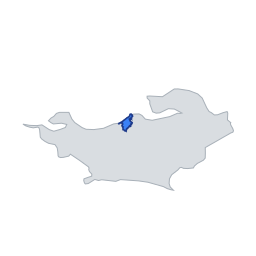 location of Parrita, Puntarenas, Costa Rica, rotated 125°
{"feature_id": "36466004B95019586049956", "entity_name": "Parrita", "entity_type": "district", "adm_level": 2, "iso_a3": "CRI", "parent_name": "Costa Rica", "parent_adm1": "Puntarenas", "projection": "equal_earth", "projection_center": [-84.334, 9.549], "detail": "fine", "context": "in_parent", "style": "filled", "palette": "blue", "viewbox_px": 256, "rotation_deg": 125, "n_neighbors": 0, "source": "geoboundaries", "source_scale": "gbopen_adm2", "svg_char_len": 4801}
<svg xmlns="http://www.w3.org/2000/svg" viewBox="0 0 256 256"><g transform="rotate(125 128 128)"><path d="M198.3,130.9L198.0,132.0L197.3,133.1L196.3,134.2L194.9,134.9L191.6,132.6L188.3,130.1L186.5,131.2L185.8,134.6L184.6,136.3L183.1,137.0L182.5,138.1L182.3,149.5L182.5,160.2L185.0,160.4L189.1,164.1L190.9,166.3L191.4,168.3L190.9,169.3L187.9,171.7L184.9,174.6L183.5,178.3L186.1,184.3L186.6,188.3L186.5,192.5L185.8,194.6L180.1,199.4L178.9,201.1L179.0,202.4L182.2,205.7L183.7,209.0L184.9,212.9L185.1,216.3L182.2,210.0L178.3,204.0L174.8,200.3L174.5,191.6L173.2,186.9L167.9,182.6L163.5,179.6L160.2,180.2L162.2,185.2L167.5,191.5L167.8,194.0L167.7,197.3L164.1,196.8L161.0,195.4L157.1,195.0L154.5,193.1L149.1,185.4L152.9,179.0L154.1,174.7L154.0,165.9L153.1,161.6L148.9,155.1L142.3,147.9L132.9,142.1L128.5,137.4L117.5,133.8L113.4,131.4L110.1,127.0L109.7,123.8L110.8,118.9L107.8,112.6L94.8,100.4L87.5,95.9L85.9,93.3L84.8,92.4L85.9,100.9L89.0,106.0L97.4,110.7L99.7,113.5L100.6,117.1L95.7,124.0L93.3,125.7L92.5,129.5L91.0,130.6L89.3,128.5L82.6,117.7L69.5,112.5L67.2,109.3L62.3,99.4L60.1,90.4L60.9,84.4L66.3,75.1L68.0,71.0L67.6,68.5L67.8,64.8L65.8,62.2L60.9,58.9L57.7,56.2L58.6,54.8L64.3,51.2L64.6,48.0L64.6,46.9L65.5,46.7L66.4,45.8L66.9,44.9L68.4,41.8L69.8,40.0L71.3,39.7L73.2,41.0L80.4,44.4L88.3,48.1L99.7,53.5L104.4,50.1L108.4,47.5L111.2,47.8L117.3,50.9L121.0,51.8L123.2,51.5L127.1,56.0L129.2,59.4L129.6,61.6L130.8,62.8L133.8,63.1L141.2,65.4L145.8,64.9L149.9,62.5L152.1,59.6L152.9,55.1L153.9,57.3L155.1,60.9L155.7,65.4L161.0,80.6L165.3,89.1L174.6,104.6L178.7,107.4L185.5,119.9L187.9,122.0L189.2,125.7L196.3,128.7L198.3,130.9Z" fill="#d9dde1" stroke="#a8b0b8" stroke-width="1"/><path d="M128.4,128.0L128.1,128.2L127.8,128.3L127.7,128.3L127.6,128.2L127.3,128.1L127.1,128.0L126.9,128.0L126.8,127.9L126.7,127.8L126.4,127.9L126.2,127.9L126.1,128.0L126.0,127.9L125.9,127.9L125.8,127.6L125.7,127.5L125.4,127.7L125.4,127.3L125.5,127.1L125.4,126.9L125.1,126.8L125.0,127.0L124.9,127.2L124.8,127.3L124.7,127.2L124.5,127.3L124.4,127.5L124.2,127.5L124.0,127.4L123.9,127.4L123.7,127.3L123.7,127.5L123.4,127.8L123.2,127.6L123.1,127.4L122.9,127.4L122.7,127.5L122.5,127.8L122.4,127.7L122.2,127.5L122.1,127.4L122.0,127.5L121.9,127.6L121.7,127.7L121.5,127.4L121.4,127.4L121.2,127.5L121.1,127.8L121.1,128.0L121.2,128.3L121.2,128.5L121.1,128.8L121.1,129.0L121.2,129.3L121.3,129.4L121.3,129.6L121.1,129.8L121.1,130.1L121.0,130.3L120.9,130.5L120.5,130.6L120.4,130.6L120.4,130.8L120.5,131.0L120.4,131.1L120.2,131.2L120.2,131.3L120.1,131.5L119.9,131.7L119.9,131.8L120.0,131.9L120.0,132.0L119.9,132.0L119.8,131.9L119.7,132.0L119.6,131.8L119.5,131.7L119.4,131.6L119.6,131.4L119.4,131.3L119.4,131.2L119.2,131.1L119.3,131.0L119.3,130.9L119.1,130.9L118.9,130.9L118.7,130.8L118.7,130.6L118.5,130.9L118.4,131.0L118.3,131.3L118.2,131.2L117.9,131.0L117.7,131.0L117.6,130.9L117.5,131.2L117.5,131.3L117.4,131.3L117.3,131.2L117.2,131.2L117.1,131.3L117.0,131.2L116.9,131.2L116.7,131.1L115.9,131.1L115.6,131.0L115.4,131.4L115.3,131.5L115.2,131.6L115.2,131.8L114.9,132.2L114.9,132.3L115.1,132.4L115.0,132.5L114.9,132.5L114.8,132.8L114.9,133.0L114.7,133.1L114.7,133.3L114.9,133.4L114.9,133.5L115.0,133.7L115.1,133.8L115.3,134.1L115.5,134.2L115.8,134.2L116.0,134.0L116.2,133.9L116.5,133.9L117.0,133.7L117.9,133.7L118.3,133.7L118.5,133.8L119.1,134.1L119.3,134.2L119.5,134.3L120.1,134.5L120.3,134.7L120.5,134.8L121.0,134.8L121.3,134.9L121.8,135.1L122.1,135.2L122.3,135.2L122.5,135.3L122.9,135.4L123.0,135.4L123.3,135.5L123.5,135.7L123.9,135.8L124.2,135.8L124.5,136.0L125.3,136.1L125.6,136.2L125.8,136.3L126.1,136.5L126.3,136.5L126.7,136.6L126.8,136.6L127.0,136.5L127.1,136.4L127.3,136.4L127.4,136.5L127.5,136.6L127.4,136.7L127.3,136.4L127.2,136.4L127.1,136.5L127.3,136.9L127.5,137.0L127.8,137.2L128.5,137.6L128.9,137.9L129.0,138.0L129.6,138.1L129.9,138.1L129.9,137.9L129.7,137.7L129.4,137.7L129.2,137.5L128.9,137.5L128.5,137.5L128.3,137.3L128.2,137.1L128.0,136.8L127.8,136.6L127.8,136.4L127.7,136.0L127.5,135.7L127.3,135.6L127.3,135.4L127.2,135.2L127.3,135.1L127.5,134.9L127.6,134.7L128.0,134.4L128.3,134.4L128.5,134.5L128.8,134.5L129.0,134.6L129.3,134.5L129.3,134.4L129.4,134.1L129.5,134.1L129.6,133.9L129.8,133.7L130.0,133.7L130.1,133.4L130.2,133.2L130.1,132.9L130.0,132.7L130.3,132.7L130.5,132.6L130.6,132.4L130.7,132.2L130.8,132.2L131.1,131.9L131.3,131.8L131.5,131.7L131.8,131.4L132.2,131.2L132.0,130.9L131.9,130.9L131.9,130.7L132.0,130.2L131.9,129.6L132.1,129.7L132.2,129.4L132.2,129.1L132.1,128.9L132.1,128.6L132.0,128.4L131.9,128.4L131.7,128.4L131.6,128.2L131.6,127.9L131.5,128.0L131.3,127.9L131.2,128.1L130.9,128.2L130.2,128.2L130.0,128.3L129.9,128.6L129.7,128.6L129.4,128.6L129.3,128.4L129.2,128.4L129.2,128.5L129.1,128.3L128.9,128.3L128.7,128.4L128.6,128.2L128.4,128.0L128.4,128.0Z" fill="#3b82f6" stroke="#1e3a8a" stroke-width="1.5"/></g></svg>